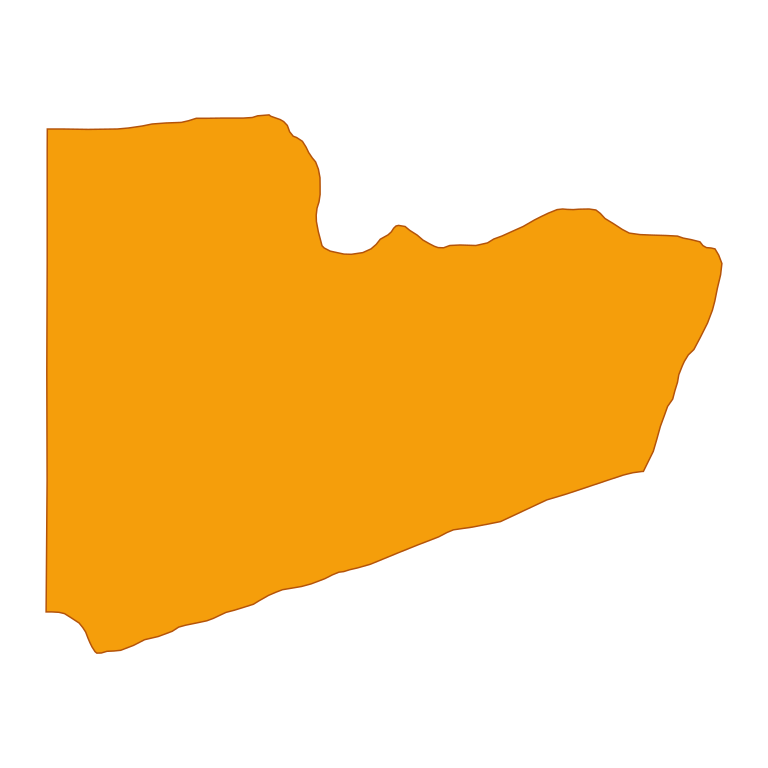 outline of Woleu, Wouleu-Ntem, Gabon
{"feature_id": "22940354B4497534497521", "entity_name": "Woleu", "entity_type": "district", "adm_level": 2, "iso_a3": "GAB", "parent_name": "Gabon", "parent_adm1": "Wouleu-Ntem", "projection": "orthographic", "projection_center": [11.911, 1.389], "detail": "fine", "context": "isolated", "style": "filled", "palette": "amber", "viewbox_px": 768, "rotation_deg": 0, "n_neighbors": 0, "source": "geoboundaries", "source_scale": "gbopen_adm2", "svg_char_len": 2355}
<svg xmlns="http://www.w3.org/2000/svg" viewBox="0 0 768 768"><path d="M47.3,129.0L47.2,151.6L47.2,264.2L46.8,371.5L47.1,480.7L46.1,611.9L51.6,611.9L58.9,612.3L64.5,613.6L70.4,617.3L79.1,623.0L82.8,627.6L85.7,632.1L87.9,637.9L89.9,642.6L92.0,646.9L95.0,651.6L96.8,653.1L101.3,653.0L107.0,651.3L113.8,651.0L120.7,650.3L133.5,645.4L144.6,639.7L158.3,636.5L172.2,631.3L178.7,627.1L185.6,625.2L198.3,622.6L206.8,620.8L213.3,618.4L219.6,615.4L226.0,612.4L234.4,610.2L242.5,607.7L253.5,604.2L259.0,600.8L268.5,595.4L275.7,592.3L282.5,589.7L291.5,588.2L301.5,586.5L311.1,583.9L324.8,578.7L332.5,574.8L338.8,572.2L343.7,571.6L349.8,569.7L357.6,567.9L370.5,564.2L397.7,553.0L417.6,545.0L438.6,536.9L447.0,532.5L453.5,529.8L472.4,527.1L500.5,521.6L524.4,510.4L546.8,499.9L567.1,493.8L589.9,486.2L608.1,480.1L622.9,475.2L627.1,474.1L633.0,472.7L641.8,471.5L643.4,471.4L653.3,451.3L656.8,439.3L660.4,426.3L664.5,415.1L667.6,406.4L672.7,399.1L674.9,390.7L677.5,382.3L678.8,374.7L682.4,365.6L684.4,361.3L688.3,354.9L693.9,349.5L700.1,337.8L707.5,323.1L712.4,310.2L714.8,301.1L717.4,288.2L720.6,274.8L721.9,263.5L718.7,255.1L715.0,248.9L711.1,248.0L706.4,247.6L702.9,245.6L699.9,241.8L691.1,239.6L683.3,238.1L677.5,236.1L666.0,235.5L652.2,235.1L640.1,234.6L629.3,233.1L622.4,229.5L613.8,223.9L605.0,218.5L600.3,213.4L595.9,210.0L589.1,209.0L579.0,209.2L573.2,209.6L567.3,209.4L562.6,209.0L557.1,209.6L548.4,213.1L541.3,216.5L534.4,220.0L523.1,226.5L512.6,231.2L502.0,236.0L493.8,239.0L487.5,242.9L475.9,245.5L460.1,245.0L449.8,245.5L443.5,247.8L438.1,247.6L434.4,246.3L429.7,243.9L423.0,240.1L417.2,235.1L409.8,230.4L405.1,226.5L398.6,225.4L396.0,226.0L393.7,228.2L391.3,231.9L388.0,234.9L380.3,239.2L376.2,244.4L371.0,248.9L362.8,252.6L351.4,254.3L344.0,254.1L334.7,252.1L330.2,251.1L324.2,248.0L322.0,245.7L320.3,239.2L318.3,231.6L316.4,221.5L316.2,215.2L317.0,208.3L319.0,201.9L320.1,194.5L320.1,186.5L320.0,177.8L318.4,169.2L315.6,161.9L312.2,157.8L308.7,152.6L306.1,147.2L302.4,141.3L296.6,137.5L293.2,136.2L289.6,131.7L288.7,129.1L287.3,125.4L283.7,121.6L280.3,119.6L274.9,117.7L270.7,116.2L269.1,114.9L257.7,115.8L252.3,117.5L243.0,118.1L237.0,118.1L221.2,118.1L206.1,118.3L196.2,118.3L188.7,120.7L181.3,122.4L165.6,123.0L152.1,124.0L142.3,126.0L128.5,128.0L117.3,129.0L88.3,129.4L62.0,129.0L47.3,129.0Z" fill="#f59e0b" stroke="#b45309" stroke-width="1.5"/></svg>